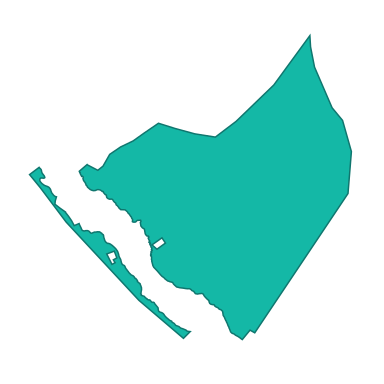 the district of Zemam Out, Al Bahr al Ahmar, Egypt, rotated 357°
{"feature_id": "37247803B22410072002885", "entity_name": "Zemam Out", "entity_type": "district", "adm_level": 2, "iso_a3": "EGY", "parent_name": "Egypt", "parent_adm1": "Al Bahr al Ahmar", "projection": "orthographic", "projection_center": [31.757, 26.727], "detail": "fine", "context": "isolated", "style": "filled", "palette": "teal", "viewbox_px": 384, "rotation_deg": 357, "n_neighbors": 0, "source": "geoboundaries", "source_scale": "gbopen_adm2", "svg_char_len": 5986}
<svg xmlns="http://www.w3.org/2000/svg" viewBox="0 0 384 384"><g transform="rotate(357 192 192)"><path d="M149.1,263.5L149.9,265.2L153.0,268.8L156.3,273.1L157.7,274.7L159.5,276.1L160.7,277.6L160.8,277.6L163.1,279.6L163.9,279.8L165.1,280.4L167.4,281.1L168.0,281.5L168.6,282.7L168.8,283.0L170.1,284.5L170.3,284.6L171.6,286.0L174.9,287.0L178.0,287.5L180.6,288.1L182.6,288.4L184.4,288.4L185.4,289.0L185.7,289.3L186.0,289.4L186.7,290.4L187.1,290.6L188.5,291.3L189.5,292.9L190.1,293.7L192.1,294.2L192.9,294.1L193.1,294.0L193.6,294.0L194.0,293.9L195.6,293.9L196.2,293.8L196.8,293.9L197.9,294.6L198.7,296.3L199.8,297.8L201.9,300.2L202.8,300.9L203.1,301.2L203.1,301.5L203.3,302.1L203.3,302.4L203.5,303.2L203.9,304.2L204.9,305.0L206.7,305.6L207.7,305.6L208.0,305.7L208.3,306.1L208.6,306.5L208.6,306.8L208.7,307.0L209.2,307.3L209.6,307.8L211.9,309.0L212.9,310.3L213.9,310.8L214.4,310.9L214.8,311.2L216.1,312.5L216.4,313.5L216.7,316.9L217.8,318.8L218.4,320.6L219.0,322.1L219.3,322.4L219.6,323.6L219.9,324.1L220.4,325.4L221.1,327.7L221.7,328.6L221.8,329.6L222.0,329.9L223.0,332.8L223.2,333.6L224.3,334.9L225.1,335.4L226.3,335.8L228.0,337.3L230.4,338.7L232.6,340.4L233.3,341.1L234.5,342.0L242.7,333.0L247.3,335.9L347.7,201.7L353.3,160.0L346.1,128.4L336.3,115.2L320.9,73.7L318.0,53.3L317.9,42.0L279.3,89.4L239.7,123.8L218.2,138.4L197.9,134.1L178.2,127.6L162.1,121.6L147.2,130.7L135.9,137.9L123.0,143.3L111.8,150.1L104.5,161.5L99.1,165.4L88.9,159.4L88.7,159.1L80.5,165.4L80.9,166.6L81.1,166.7L81.0,166.8L81.7,168.7L82.5,170.3L82.6,170.6L83.1,170.4L83.7,170.7L84.0,171.2L84.1,171.8L84.0,172.2L83.8,172.8L84.2,174.5L84.4,175.0L85.3,176.4L85.7,176.8L85.9,177.4L86.1,177.6L86.2,178.2L86.3,178.3L86.7,179.8L87.4,180.4L87.9,181.7L90.5,184.2L91.8,184.9L93.5,185.5L95.2,185.5L96.1,185.3L96.6,185.0L97.5,184.7L98.5,184.7L100.3,185.1L101.5,185.9L102.3,186.7L103.0,186.7L103.5,187.1L103.5,187.8L105.1,189.9L105.4,190.2L106.1,190.4L106.3,190.6L106.4,191.5L106.4,192.0L106.5,192.7L106.9,193.4L108.1,194.4L108.7,194.6L109.4,194.9L110.1,194.9L110.9,194.8L111.9,195.1L112.4,195.5L113.1,196.9L114.2,198.3L115.2,199.0L115.6,200.8L116.0,201.2L116.5,201.5L117.7,203.1L118.4,204.4L119.3,205.2L119.7,205.8L120.9,206.0L123.4,206.2L124.3,206.4L124.7,206.7L125.7,207.7L126.1,208.1L126.5,208.5L127.0,209.6L127.4,210.2L127.9,210.4L129.5,213.1L129.9,213.4L130.6,215.4L131.0,215.9L131.3,216.7L131.3,216.9L131.0,217.8L130.9,218.5L131.1,218.7L132.4,219.1L134.1,219.0L134.4,218.8L135.5,217.7L136.0,217.5L139.2,217.5L139.5,218.5L139.3,219.1L138.8,219.7L139.2,223.3L140.6,225.2L142.5,226.5L143.1,231.2L143.5,232.1L144.6,233.5L146.2,233.8L146.5,234.6L146.1,234.7L146.2,235.5L145.9,235.8L145.9,236.1L146.2,236.7L146.5,237.7L146.7,237.9L147.0,238.2L147.1,238.6L146.7,239.2L146.7,239.5L146.5,239.8L147.2,240.0L147.1,240.3L146.8,240.3L147.0,240.6L147.8,241.0L147.8,241.3L147.4,241.4L147.1,241.8L148.1,244.0L148.3,245.1L149.1,245.9L148.5,247.2L149.0,247.7L149.2,248.2L148.5,248.6L148.5,250.0L147.9,249.9L148.0,250.7L147.6,251.7L147.6,251.9L147.9,252.2L148.1,252.5L148.1,252.8L147.4,253.0L147.6,253.8L148.1,254.3L148.2,254.7L148.2,255.7L148.0,257.3L148.3,258.0L148.2,259.1L148.3,259.5L149.1,263.5ZM162.8,241.6L154.0,247.3L149.3,242.7L159.6,236.2L162.8,241.6ZM182.9,331.3L180.6,330.9L180.1,330.8L179.6,330.4L178.8,329.6L177.8,329.1L175.7,328.1L173.4,327.2L171.9,325.7L168.7,324.3L167.7,322.8L167.3,322.3L166.4,321.7L166.1,321.5L165.4,321.1L164.9,319.9L163.4,319.2L162.5,318.5L161.5,317.5L160.3,316.4L159.8,316.0L159.4,315.4L158.9,314.9L158.1,313.8L157.7,313.0L157.0,312.0L155.7,311.0L155.3,310.8L153.6,310.2L152.7,309.5L152.4,309.0L152.1,307.5L152.1,306.1L151.8,305.5L151.2,304.7L148.8,301.4L148.5,300.6L148.0,300.2L147.3,300.0L147.0,300.0L146.5,300.1L145.9,299.8L145.6,299.4L144.5,297.8L143.9,297.5L143.4,297.5L142.7,297.4L141.6,296.7L141.6,296.4L140.7,295.8L140.6,295.6L139.9,295.1L139.3,294.4L139.2,294.0L138.7,293.6L136.7,292.9L135.9,292.5L135.8,292.3L135.8,291.9L136.1,291.4L135.4,290.8L135.9,289.7L136.1,288.3L136.3,287.8L136.4,287.4L136.5,287.1L136.5,285.7L136.6,285.2L135.8,282.3L135.5,281.7L135.4,280.9L134.6,280.2L134.2,279.9L133.5,279.2L132.8,278.6L132.8,278.2L132.9,277.8L132.6,277.3L132.3,276.7L131.2,275.3L130.8,275.3L130.5,275.1L130.2,274.6L129.7,273.5L128.8,272.6L127.8,272.1L126.8,271.5L126.6,271.3L126.1,270.6L125.6,270.2L124.5,268.8L124.1,267.9L123.4,267.3L122.8,266.0L122.3,265.5L121.9,264.8L121.6,264.5L121.5,263.7L120.7,262.0L120.0,261.6L119.4,261.3L118.6,260.6L118.5,260.3L118.1,259.8L117.7,258.1L117.2,255.5L116.9,255.0L115.9,252.8L115.6,251.6L115.5,250.9L115.5,250.4L114.6,247.4L113.2,245.1L112.4,244.1L110.8,242.4L110.2,241.9L109.8,241.3L109.4,241.1L108.4,240.3L108.0,239.9L107.3,239.5L106.2,239.0L105.6,238.9L105.1,238.9L104.4,238.5L103.1,237.3L103.0,236.9L102.5,236.2L102.3,235.8L102.2,235.0L101.6,232.9L101.5,232.2L101.4,230.8L101.2,230.1L100.0,229.1L99.7,228.5L99.1,228.2L98.9,227.9L97.7,227.0L96.8,226.9L96.2,226.9L95.9,226.8L95.2,226.8L94.0,227.0L92.5,226.9L90.8,227.5L90.4,227.7L89.8,227.9L89.4,227.9L88.9,227.7L88.4,227.3L87.7,226.5L87.1,225.8L86.6,225.5L85.7,225.1L84.0,225.0L82.3,225.3L81.0,224.9L80.2,224.3L79.9,223.7L79.5,222.4L77.9,218.7L77.6,217.6L72.6,219.4L70.2,214.3L67.5,209.9L64.3,205.3L64.4,205.2L59.2,201.1L54.5,197.0L55.0,193.7L56.4,189.7L55.1,189.3L53.7,188.1L51.7,185.2L51.5,184.2L51.2,183.5L50.9,182.2L50.7,181.7L50.3,181.1L49.7,180.2L49.3,179.8L49.0,179.5L48.4,179.3L48.1,179.0L45.5,177.9L44.9,177.6L44.5,177.2L44.2,177.1L43.5,176.4L43.1,176.2L42.1,175.1L41.6,174.5L40.9,173.4L40.7,172.9L40.6,172.3L40.6,171.9L40.9,171.0L41.1,170.5L41.4,170.3L41.9,170.2L42.7,170.2L43.7,170.3L44.1,170.5L44.9,170.3L45.4,170.3L45.7,170.0L45.8,169.7L45.3,168.2L45.0,167.8L44.7,167.3L44.2,166.6L43.4,165.4L43.2,164.9L42.9,163.8L42.8,162.8L42.5,161.7L41.9,160.9L41.5,160.4L41.0,160.2L40.6,159.4L30.7,166.1L40.6,179.6L64.7,215.4L133.4,297.5L175.8,337.7L182.9,331.3ZM111.5,258.6L108.3,260.1L103.6,249.4L111.3,247.0L113.5,253.9L109.9,255.6L111.5,258.6Z" fill="#14b8a6" stroke="#0f766e" stroke-width="1.5"/></g></svg>